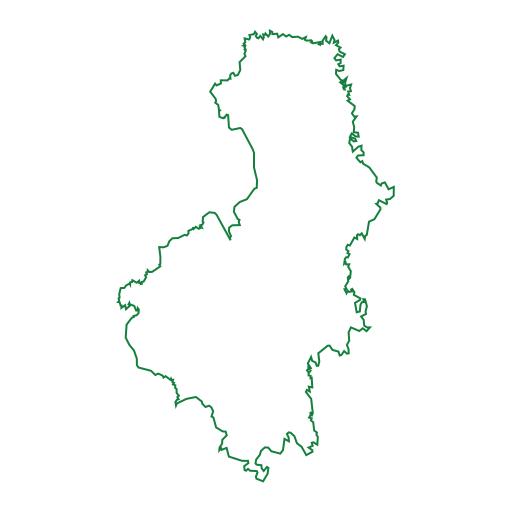 the district of So Phisai, Bueng Kan, Thailand
{"feature_id": "78962969B4789393991708", "entity_name": "So Phisai", "entity_type": "district", "adm_level": 2, "iso_a3": "THA", "parent_name": "Thailand", "parent_adm1": "Bueng Kan", "projection": "equal_earth", "projection_center": [103.426, 18.145], "detail": "fine", "context": "isolated", "style": "outline", "palette": "green", "viewbox_px": 512, "rotation_deg": 0, "n_neighbors": 0, "source": "geoboundaries", "source_scale": "gbopen_adm2", "svg_char_len": 5997}
<svg xmlns="http://www.w3.org/2000/svg" viewBox="0 0 512 512"><path d="M350.9,327.4L359.3,331.0L362.8,328.3L366.5,331.2L369.9,327.4L367.0,327.4L364.2,325.6L363.7,319.9L361.1,316.5L366.0,314.0L365.6,311.3L366.9,306.2L365.0,299.3L363.3,299.2L363.9,302.1L361.9,302.2L360.5,304.6L359.8,311.5L356.7,312.3L355.0,302.9L360.0,299.9L360.4,298.4L353.9,294.9L354.4,292.2L352.2,288.9L351.1,289.6L352.1,291.4L348.8,291.9L347.6,290.6L346.5,293.2L344.5,289.2L346.5,288.9L345.2,286.3L348.2,281.5L347.8,277.4L348.6,276.5L349.5,278.4L350.1,277.8L350.8,271.2L348.2,266.8L349.2,264.3L346.1,264.4L345.6,262.4L344.2,263.7L344.9,258.9L346.3,257.2L348.0,257.4L349.5,254.0L347.5,253.1L348.4,251.2L346.3,249.6L346.3,247.2L347.7,244.8L349.9,245.5L354.4,237.5L357.2,239.0L357.0,235.2L358.0,234.2L359.9,235.2L361.7,233.3L364.7,238.9L365.1,236.0L366.8,234.9L369.0,221.7L374.4,219.2L380.4,209.4L380.4,207.6L376.2,203.8L377.8,203.2L378.9,200.2L386.6,204.1L387.2,202.9L386.1,199.6L390.0,199.0L393.7,195.8L393.8,186.9L388.6,189.3L384.9,182.4L381.7,183.4L380.9,185.5L377.0,182.9L376.2,181.6L376.8,177.6L369.3,167.4L363.1,163.7L362.3,161.1L360.4,162.3L356.4,157.7L358.0,155.5L363.6,155.2L363.6,152.4L361.3,150.0L361.5,145.7L358.2,146.8L352.8,151.6L352.0,146.6L349.2,143.0L350.0,138.6L353.8,141.4L356.3,141.0L355.1,138.7L349.9,136.9L351.7,133.5L355.7,136.5L358.7,136.6L358.0,132.7L353.7,132.3L354.2,127.3L352.8,121.7L356.6,116.4L354.3,116.7L351.9,113.3L354.5,109.2L354.7,106.0L347.6,100.7L350.0,99.3L347.1,96.1L347.8,94.7L349.2,94.9L348.2,91.5L350.9,91.2L350.0,88.1L351.1,84.5L346.2,85.8L344.3,87.8L344.8,89.5L344.0,89.4L343.2,87.3L344.0,85.2L345.7,86.1L345.1,82.8L346.5,78.0L344.0,80.1L342.5,84.2L340.2,82.3L343.0,80.8L340.8,79.9L336.0,73.9L336.2,69.8L339.3,71.0L343.3,70.1L343.6,65.7L339.6,66.3L338.3,64.2L340.6,63.1L340.7,59.6L336.1,60.4L334.4,58.1L337.6,54.2L343.0,57.0L344.9,54.2L339.6,51.6L338.9,49.1L340.5,47.6L336.0,45.1L338.3,42.6L338.0,40.6L333.8,42.7L334.5,39.9L332.3,35.7L329.4,43.3L326.1,40.7L326.5,37.2L325.7,36.2L322.6,40.8L322.7,43.8L320.4,43.8L320.2,44.8L318.7,44.2L320.3,42.0L313.0,43.3L311.0,42.3L312.1,41.2L311.3,40.3L306.4,40.6L304.9,39.8L305.8,37.1L302.3,38.9L298.0,36.7L292.2,37.1L289.1,34.8L286.2,36.5L282.9,34.1L278.3,37.4L277.2,33.7L272.4,34.1L272.3,32.0L269.9,30.7L270.0,33.8L268.3,36.5L265.5,33.5L265.1,34.7L263.2,34.4L263.8,37.3L263.0,39.3L260.3,35.9L258.4,38.3L256.9,37.7L255.8,35.9L256.9,34.1L255.1,31.8L253.9,34.1L249.4,35.1L250.2,37.3L249.2,39.5L244.6,38.4L245.3,42.2L243.7,43.6L244.8,44.8L243.4,45.6L245.2,46.1L244.5,47.4L245.5,49.2L244.7,49.6L245.7,50.9L244.4,53.8L245.5,56.2L239.6,62.1L240.3,70.0L237.8,75.0L235.0,75.8L233.3,72.8L231.4,73.5L230.2,75.2L230.4,78.7L229.3,78.4L227.5,80.4L220.8,80.3L220.9,83.5L216.5,85.4L215.1,83.6L210.2,91.7L215.5,98.6L216.1,101.0L215.3,102.7L218.2,104.9L219.0,109.8L220.0,110.3L219.0,111.2L219.4,116.8L223.0,118.3L224.2,117.3L224.1,118.5L226.6,114.6L228.1,115.1L229.0,127.6L231.7,129.8L240.2,128.0L242.0,129.1L252.7,149.2L254.0,152.9L254.0,167.5L257.1,180.4L256.7,187.9L254.4,188.7L246.9,199.2L239.8,202.0L234.5,206.8L233.9,211.8L237.7,219.0L239.5,219.9L238.7,222.0L239.8,225.1L232.3,225.3L229.2,227.6L228.9,231.4L231.0,236.2L229.8,238.0L230.6,240.3L216.6,214.8L214.6,212.9L209.3,212.3L203.1,217.0L202.6,221.5L203.5,222.3L202.3,224.7L200.6,225.1L201.8,227.6L199.9,226.8L200.2,228.1L198.7,228.8L195.8,226.8L193.7,228.9L193.0,227.2L193.0,228.8L188.4,230.9L188.5,233.4L186.9,235.5L184.7,234.8L178.2,238.0L172.3,238.3L169.3,241.3L167.5,245.8L163.6,247.3L159.2,247.1L160.4,256.8L160.3,264.0L159.3,264.7L160.3,266.3L152.1,271.9L149.3,272.0L147.7,270.3L147.6,271.9L146.2,272.4L146.9,274.3L145.1,275.2L146.1,277.2L143.7,281.5L141.8,281.9L141.8,283.8L140.9,284.0L141.3,282.6L139.2,282.9L139.1,280.8L136.7,282.7L132.4,280.2L132.1,282.0L130.1,282.4L130.1,284.4L129.6,283.5L126.1,285.5L124.4,287.9L120.7,288.1L119.2,294.2L119.6,297.7L118.6,298.3L119.2,301.0L118.2,302.0L119.6,302.2L120.6,305.5L121.5,305.5L121.4,307.9L125.1,305.2L126.0,309.2L129.9,305.7L128.5,304.4L129.3,302.9L129.6,304.2L134.2,305.9L136.2,310.6L137.7,310.3L137.8,308.2L138.8,309.5L138.5,313.3L136.6,315.3L133.6,315.9L133.8,317.0L131.8,317.8L126.6,324.6L125.7,337.6L129.3,344.8L134.0,350.6L136.8,358.5L136.9,365.2L138.5,367.5L151.0,370.8L155.4,375.0L158.2,373.6L162.6,375.6L163.5,377.6L165.6,376.2L170.7,380.0L171.1,378.8L171.7,380.1L173.0,379.8L172.5,382.3L174.0,382.9L173.0,384.4L175.3,385.3L175.1,387.8L176.6,389.1L176.6,392.9L178.9,395.7L177.4,397.0L178.6,399.3L177.0,399.6L175.4,402.1L176.0,405.5L176.8,403.5L186.4,398.9L195.9,397.0L201.8,401.5L202.3,403.8L205.5,407.0L209.0,405.7L211.3,407.3L213.2,411.3L211.5,416.5L213.4,417.5L216.1,427.4L222.6,431.4L225.7,431.6L226.7,435.4L222.3,439.8L222.1,443.6L219.5,447.7L219.3,450.3L221.1,448.2L221.7,449.8L226.6,447.9L228.9,456.6L242.0,460.8L248.0,460.9L248.4,463.1L244.2,466.1L244.6,470.1L246.1,470.7L248.0,468.9L250.1,470.7L256.8,471.1L257.5,472.5L255.9,476.7L256.5,478.7L263.1,481.3L267.6,473.7L268.4,467.9L267.0,466.9L263.7,471.0L261.6,468.1L261.4,465.2L256.5,464.6L255.5,463.3L256.2,459.5L259.8,454.9L261.0,450.9L264.9,447.4L268.2,447.6L271.4,451.3L280.3,453.6L283.0,450.0L284.5,438.9L288.9,441.3L288.6,437.4L286.9,434.0L288.6,432.4L290.6,432.7L294.4,436.2L296.9,443.2L301.6,446.8L306.3,455.1L312.5,451.7L312.2,450.1L308.6,447.6L312.7,445.8L311.7,442.8L313.4,442.3L317.3,444.7L317.8,436.8L316.4,434.7L316.9,432.5L314.2,430.5L313.2,422.2L310.9,420.4L311.7,418.4L309.1,417.6L310.6,414.9L310.4,411.9L312.0,415.1L312.8,413.3L311.2,398.9L305.9,391.9L306.9,389.9L309.8,391.5L308.8,386.7L312.3,387.4L311.7,377.8L310.5,378.2L310.6,375.8L308.6,375.4L308.6,373.2L309.9,371.5L308.3,372.0L307.0,370.3L308.3,369.2L308.4,366.2L309.9,369.0L310.9,368.2L307.8,363.5L311.1,357.0L312.2,360.9L315.5,362.4L316.7,365.8L318.2,365.8L319.3,361.6L318.3,353.3L327.7,345.7L329.6,345.6L332.4,349.9L338.5,351.6L339.7,355.5L341.4,355.0L344.1,351.1L347.0,353.7L348.7,353.3L348.5,348.9L346.9,345.0L349.2,340.6L348.6,332.4L350.9,327.4Z" fill="none" stroke="#15803d" stroke-width="2"/></svg>